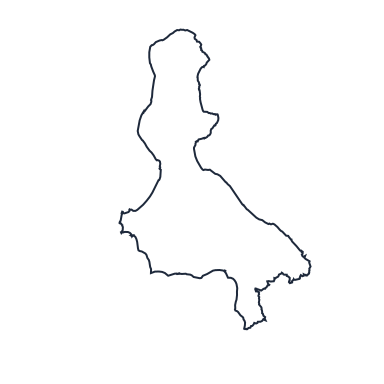 the district of Calabria, Catanzaro, Italy, rotated 150°
{"feature_id": "23120603B55310757134450", "entity_name": "Calabria", "entity_type": "district", "adm_level": 2, "iso_a3": "ITA", "parent_name": "Italy", "parent_adm1": "Catanzaro", "projection": "orthographic", "projection_center": [16.268, 39.03], "detail": "fine", "context": "isolated", "style": "outline", "palette": "slate", "viewbox_px": 384, "rotation_deg": 150, "n_neighbors": 0, "source": "geoboundaries", "source_scale": "gbopen_adm2", "svg_char_len": 5960}
<svg xmlns="http://www.w3.org/2000/svg" viewBox="0 0 384 384"><g transform="rotate(150 192 192)"><path d="M124.8,73.2L127.1,77.2L127.6,79.0L127.4,79.9L128.0,80.2L128.4,81.3L128.1,83.0L127.1,83.2L126.0,84.9L126.2,85.3L126.9,85.4L126.6,86.0L126.7,86.6L127.5,86.9L127.7,87.5L128.6,93.0L130.0,98.9L130.0,100.5L129.6,101.1L130.1,101.6L130.6,104.6L130.6,105.9L132.3,107.1L133.6,112.6L134.3,113.6L134.9,115.5L135.5,118.9L136.8,122.7L137.8,124.1L139.8,124.5L140.8,126.0L141.3,126.3L140.9,125.8L141.8,126.0L143.9,129.2L145.2,132.5L147.5,134.7L149.1,137.6L152.6,148.7L153.2,149.7L153.8,154.5L154.0,154.4L154.6,156.3L156.2,178.2L157.2,181.0L157.5,183.2L157.9,183.5L159.5,191.8L161.1,194.6L162.8,196.1L165.4,202.4L167.0,203.0L169.6,205.0L171.0,205.2L171.6,206.0L172.0,208.4L172.0,216.3L171.3,221.1L168.7,228.4L168.0,229.5L165.5,231.0L164.7,232.3L163.4,233.3L162.8,233.5L162.6,233.2L162.4,233.0L162.8,233.6L161.9,233.6L162.5,232.5L160.0,234.2L156.8,233.2L155.1,233.0L154.8,232.3L154.0,232.6L153.5,232.1L151.4,232.1L149.7,232.8L149.2,232.5L147.7,232.7L146.2,233.8L145.1,235.8L143.8,236.9L142.6,236.9L139.8,238.3L139.3,238.1L139.1,238.4L138.9,238.3L139.3,237.9L138.5,238.4L138.2,238.2L137.2,239.2L135.9,239.3L133.4,241.1L132.1,242.9L131.1,245.9L131.1,246.5L132.2,246.9L132.4,247.4L133.1,247.3L133.5,248.2L134.5,248.7L135.3,250.0L136.6,250.6L137.1,251.5L138.0,252.0L138.8,253.8L141.7,255.7L141.9,256.6L141.7,258.0L139.7,265.4L138.5,268.7L137.8,269.5L137.6,270.5L136.1,272.6L134.6,276.2L134.5,276.8L134.8,277.1L134.3,278.2L133.6,278.6L133.3,279.5L132.5,280.2L132.0,280.3L131.6,281.2L131.9,282.0L131.5,282.4L131.2,283.8L131.3,285.5L129.9,288.2L129.9,288.7L129.6,288.8L129.3,289.5L127.5,291.4L122.8,294.5L120.8,295.1L119.5,294.8L119.3,294.4L118.5,295.2L117.9,295.0L116.8,295.2L115.5,295.8L114.5,296.7L110.9,297.8L110.6,298.9L110.7,299.8L110.4,299.5L110.7,300.5L110.8,303.9L111.5,304.5L111.4,306.1L112.9,308.3L112.5,309.5L113.1,310.4L112.5,311.3L112.4,312.5L112.2,312.3L112.3,311.5L112.1,311.9L112.1,313.4L110.3,315.0L110.3,316.2L110.7,318.5L112.5,319.8L112.1,321.3L113.0,323.3L112.5,324.7L110.6,326.1L110.8,327.5L111.8,329.6L115.2,334.7L117.1,335.3L118.3,336.8L119.6,337.5L120.9,338.5L122.3,338.5L123.9,339.7L126.8,339.7L129.1,339.2L132.0,339.4L136.2,338.4L140.5,338.0L141.8,338.2L142.2,338.7L144.2,339.4L148.4,339.9L151.1,339.0L152.7,338.9L153.5,339.3L155.6,338.6L159.1,334.4L161.7,329.9L164.0,324.6L163.9,323.0L164.5,321.1L165.4,315.7L165.8,311.7L166.2,310.7L169.0,307.8L175.6,299.5L179.1,294.3L181.3,292.3L181.2,292.2L182.1,290.5L184.0,288.8L187.1,288.0L192.9,285.5L193.9,285.5L194.4,285.0L194.5,285.2L194.1,285.3L193.9,285.7L197.5,283.7L201.5,280.2L208.5,272.0L209.6,268.7L209.6,266.4L209.3,262.0L208.9,261.2L208.5,257.6L208.6,253.8L208.1,249.0L207.3,246.4L206.9,242.9L207.0,238.4L206.6,237.0L205.9,236.9L204.7,235.4L204.6,234.3L205.4,232.2L207.1,230.3L207.1,229.4L207.6,228.8L208.2,228.7L208.1,228.2L208.4,227.9L207.9,226.9L211.9,220.9L213.9,219.1L214.6,218.8L214.9,219.0L214.6,219.2L214.9,219.1L226.6,211.3L230.7,209.1L235.9,207.0L240.7,205.4L248.2,203.9L250.4,203.9L252.3,205.0L253.2,207.0L254.6,207.6L254.8,208.2L255.6,207.9L255.2,207.9L255.7,206.8L257.1,206.4L261.3,207.3L262.2,208.1L261.8,209.4L262.3,209.9L262.6,209.6L262.4,209.0L263.0,208.9L262.8,208.7L263.0,208.3L264.2,207.5L267.9,203.1L268.9,202.5L269.0,202.1L269.3,202.2L269.7,201.6L270.0,201.7L270.3,201.2L269.1,199.6L269.2,198.5L268.9,198.1L269.3,197.4L269.4,196.2L271.1,193.6L271.9,193.2L271.9,192.8L273.6,192.7L273.7,191.7L272.9,192.0L271.9,191.4L270.3,191.1L267.5,189.4L266.3,187.8L265.9,186.5L265.8,185.6L266.4,185.2L266.4,184.7L266.5,185.3L266.7,185.0L266.3,184.0L265.4,182.8L266.4,184.5L265.8,184.3L265.9,184.0L265.4,184.3L264.5,183.8L265.4,183.3L264.2,183.6L263.5,181.3L263.7,179.0L264.4,176.3L267.0,170.1L267.5,168.2L266.8,167.0L265.2,165.6L263.1,162.0L262.9,160.2L263.6,157.2L263.4,154.8L263.8,152.9L265.7,148.0L266.0,145.7L268.1,142.3L263.9,141.6L260.3,139.6L257.8,137.7L256.0,135.4L254.5,131.4L247.8,129.9L246.2,129.1L246.1,128.6L245.7,128.5L246.0,128.4L246.3,128.6L243.1,127.1L241.8,126.1L238.2,124.3L237.8,123.5L234.8,121.3L233.8,119.8L233.1,117.6L228.3,113.4L226.8,112.9L224.5,114.0L219.9,113.4L213.1,113.4L210.8,112.6L207.2,110.7L204.4,108.5L203.5,107.2L203.6,106.8L203.2,107.3L203.6,108.2L203.2,107.8L203.2,108.4L203.0,107.6L202.5,107.1L203.0,106.5L203.5,106.6L203.2,104.7L203.7,99.8L201.2,98.2L199.8,96.3L199.3,94.3L199.2,92.1L199.5,90.0L200.9,86.1L202.9,83.2L204.5,80.3L207.3,76.5L208.9,75.1L211.2,72.5L212.7,69.6L213.5,68.9L213.7,67.7L212.6,66.3L212.1,65.1L211.7,61.0L210.6,58.3L210.5,57.5L211.1,55.8L210.9,54.5L211.3,52.4L213.0,49.9L215.2,47.5L214.6,46.7L213.6,46.5L213.4,45.9L212.8,45.6L211.0,46.0L209.3,45.3L207.9,46.4L206.8,45.9L206.0,46.1L204.7,46.6L203.5,47.5L202.3,46.1L200.8,45.9L199.9,46.7L197.5,45.4L195.6,45.3L193.8,46.2L193.3,45.1L192.5,44.1L192.3,46.1L191.2,47.1L192.0,49.0L191.5,51.2L191.9,51.9L191.0,53.5L190.5,54.9L190.6,55.5L189.8,56.6L189.6,57.6L190.2,61.0L189.6,61.7L189.4,62.8L187.5,65.1L187.4,66.1L186.3,67.4L186.5,68.5L186.1,69.3L185.0,69.9L184.6,71.3L184.0,71.7L185.1,73.2L186.3,73.9L185.8,76.3L185.3,76.7L184.4,75.9L184.3,75.0L183.6,74.8L181.2,72.0L178.4,72.4L177.0,71.7L176.6,72.2L175.2,72.2L173.3,73.3L172.1,72.8L171.5,73.0L172.0,74.2L171.5,77.0L170.1,76.5L168.6,75.1L165.8,73.8L164.6,74.7L163.7,76.3L163.0,75.5L161.8,75.8L160.1,75.6L158.9,76.1L158.0,77.0L155.2,76.7L154.6,77.2L154.2,76.5L154.0,74.9L153.5,74.3L151.3,73.0L151.9,71.9L150.9,70.7L150.3,68.8L151.7,66.5L152.4,66.3L153.1,65.5L152.8,64.1L150.5,63.6L150.2,64.0L150.3,64.6L148.6,65.2L147.9,65.0L147.5,65.5L147.4,64.9L146.5,64.3L142.3,63.0L141.8,63.2L141.5,64.0L140.8,64.3L140.6,64.8L139.3,65.6L138.5,63.9L137.1,63.6L136.4,64.9L135.9,64.0L135.1,63.5L135.1,62.8L134.3,62.2L133.1,62.8L132.6,62.5L131.4,62.9L131.2,63.5L130.5,63.9L130.0,65.1L129.3,65.5L128.8,66.9L126.6,68.2L125.8,72.3L124.8,73.2ZM126.6,79.6L126.0,80.1L127.2,80.1L127.2,79.7L126.6,79.6Z" fill="none" stroke="#1e293b" stroke-width="2"/></g></svg>